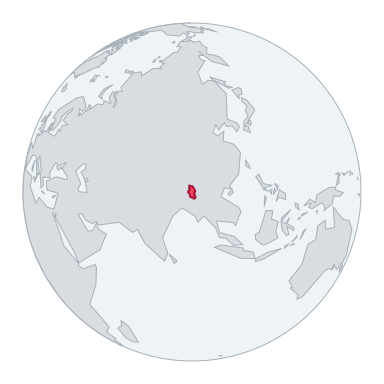 the Earth from above Kachin, rotated 332°
{"feature_id": "MMR-3296", "entity_name": "Kachin", "entity_type": "State", "adm_level": 1, "iso_a3": "MMR", "parent_name": "Myanmar", "parent_adm1": "", "projection": "orthographic", "projection_center": [97.371, 26.091], "detail": "medium", "context": "on_globe", "style": "filled", "palette": "rose", "viewbox_px": 384, "rotation_deg": 332, "n_neighbors": 0, "source": "natural_earth", "source_scale": "10m", "svg_char_len": 12075}
<svg xmlns="http://www.w3.org/2000/svg" viewBox="0 0 384 384"><g transform="rotate(332 192 192)"><circle cx="192" cy="192" r="169" fill="#eef3f6" stroke="#a8b0b8"/><path d="M265.0,39.6L261.8,38.7L266.2,43.9L272.9,48.1L267.3,45.5L283.6,56.0L289.4,62.7L279.6,53.7L276.0,51.7L278.3,55.2L275.2,54.1L274.5,55.3L270.6,53.7L265.1,49.1L262.4,48.2L264.2,50.8L261.4,51.3L259.2,47.5L254.0,48.2L243.9,41.7L241.1,34.7L232.3,31.6L220.7,26.3L218.5,26.3L212.7,24.9L208.0,24.5L207.2,24.1L204.1,24.3L205.8,24.8L205.0,25.1L202.3,25.1L200.8,24.4L202.0,24.3L200.2,24.1L200.5,23.8L198.9,23.9L197.4,23.4L194.9,24.0L190.5,23.6L190.6,23.3L195.7,23.3L202.4,23.4L215.3,24.7L228.1,26.9L240.7,30.2L253.0,34.5L265.0,39.6ZM269.9,42.0L269.0,41.7L266.9,40.5L268.0,41.1L269.9,42.0ZM278.5,51.8L276.8,50.0L279.5,52.2L278.5,51.8ZM275.1,55.7L276.6,56.7L275.6,57.0L275.1,55.7ZM268.7,55.0L266.6,55.4L267.7,54.1L268.7,55.0ZM197.7,23.1L195.9,23.2L189.3,23.1L197.7,23.1ZM264.8,55.0L260.0,56.4L262.9,58.5L252.1,53.8L259.8,53.9L260.7,52.0L262.2,53.9L264.8,55.0ZM207.4,25.0L205.6,24.4L209.5,25.0L207.4,25.0ZM210.2,25.3L223.5,27.4L225.0,28.5L220.2,27.4L224.0,29.2L218.1,28.7L214.7,27.6L214.9,26.9L212.5,27.3L210.2,25.3ZM247.0,51.2L245.0,51.0L246.1,50.4L247.0,51.2ZM204.9,25.3L207.5,25.5L208.9,26.4L204.0,26.2L205.1,25.9L204.9,25.3ZM227.9,30.1L228.1,31.0L223.3,30.7L222.8,31.0L218.1,28.8L227.9,30.1ZM203.5,25.7L201.5,26.2L198.4,25.8L202.5,25.2L203.5,25.7ZM211.4,26.8L211.8,27.3L210.0,26.9L211.4,26.8ZM186.5,25.2L189.5,25.1L190.5,25.5L186.5,25.2ZM201.0,26.4L202.0,26.5L202.8,26.7L200.9,27.0L201.0,26.4ZM215.1,28.9L213.1,28.7L216.8,29.8L213.4,29.9L210.9,28.4L210.5,29.1L209.5,29.1L208.6,28.0L215.1,28.9ZM201.2,28.0L196.8,26.7L190.9,26.6L189.9,26.2L199.5,26.4L201.2,28.0ZM205.6,28.1L202.6,27.9L202.8,27.3L205.0,27.0L205.6,28.1ZM212.0,30.5L217.8,30.7L218.2,31.1L212.0,30.5ZM199.4,28.1L200.5,28.5L199.0,28.2L199.4,28.1ZM208.1,29.8L210.1,29.8L210.4,30.2L208.1,29.8ZM201.0,29.3L199.6,28.8L201.0,28.5L201.0,29.3ZM204.2,29.6L204.2,30.2L202.4,28.7L205.0,29.5L204.2,29.6ZM208.1,30.2L208.9,30.4L207.2,30.2L208.1,30.2ZM196.4,30.9L193.7,29.1L196.9,28.4L199.0,30.2L196.4,30.9ZM54.1,94.3L58.6,89.5L55.8,94.5L57.8,102.1L57.2,104.8L51.8,110.8L49.1,128.6L54.4,125.0L57.1,137.6L62.2,142.3L73.2,130.1L64.9,122.1L68.5,114.0L79.3,114.8L87.4,122.6L89.1,119.8L88.3,109.9L94.5,107.1L88.5,106.1L87.7,109.9L83.9,109.6L84.4,106.2L86.6,105.2L85.4,102.0L75.3,108.3L73.4,112.8L67.6,108.9L63.9,116.2L60.7,117.5L65.9,105.8L68.7,102.7L74.7,88.5L71.2,91.3L65.3,105.1L65.2,102.9L60.4,107.5L63.9,102.3L71.3,87.3L68.9,84.3L58.4,91.5L58.6,89.6L62.2,84.3L73.7,72.8L71.9,78.4L76.0,75.1L82.9,67.9L81.7,70.4L84.3,68.4L84.3,70.5L90.6,68.6L91.6,70.6L100.3,65.4L101.9,65.9L96.3,68.7L92.9,71.9L96.0,77.8L98.4,77.6L103.8,74.0L103.9,76.4L108.8,72.1L113.6,74.3L111.8,68.4L118.1,64.8L124.4,64.0L126.1,62.0L115.9,63.3L112.1,64.9L109.4,67.8L98.8,72.2L96.4,71.3L106.3,63.3L104.0,61.3L112.7,56.6L134.9,54.8L141.1,56.9L138.1,67.7L133.1,69.0L131.7,65.5L127.3,72.0L130.4,69.8L130.5,72.1L136.6,69.8L137.0,71.3L142.1,66.7L143.3,68.3L140.0,71.2L149.9,69.9L154.0,72.9L156.1,71.9L157.1,70.0L161.6,75.5L162.9,74.6L162.0,72.4L164.0,69.3L169.3,66.1L170.5,68.1L168.8,69.6L167.0,75.9L162.2,79.8L163.2,80.4L167.7,77.6L169.9,69.7L172.7,67.3L172.4,70.8L172.8,69.3L174.6,68.8L177.5,70.3L178.2,66.4L196.4,59.5L203.9,62.3L201.6,65.8L215.6,64.7L223.0,69.0L222.1,66.8L228.2,65.5L226.0,64.1L226.0,63.0L240.7,60.2L245.1,61.5L250.5,58.9L250.0,57.9L247.0,56.7L252.1,53.8L262.9,58.5L263.4,60.4L269.7,62.5L269.9,66.8L273.1,71.7L269.6,75.8L272.4,79.7L274.6,80.2L280.0,86.2L283.5,97.8L271.0,86.3L263.7,70.7L265.9,76.6L262.5,74.8L261.5,76.8L263.2,81.4L265.2,82.1L253.3,89.0L251.7,102.0L258.8,101.0L263.9,104.8L268.3,121.1L257.3,144.3L263.9,151.6L264.7,156.5L259.8,159.9L258.5,152.6L253.1,150.3L253.1,146.0L244.8,149.7L244.5,143.7L238.2,150.0L241.3,154.6L248.7,153.2L243.4,161.7L251.7,169.8L253.3,179.9L241.5,198.2L228.5,203.9L227.8,207.1L222.4,203.6L215.5,209.9L226.1,227.5L225.9,232.5L214.6,242.1L214.3,238.4L199.8,229.0L197.4,240.9L208.4,251.0L212.2,262.3L203.8,258.7L200.0,248.7L194.8,245.0L196.0,234.7L191.4,218.9L183.0,221.4L183.5,215.1L175.8,201.4L163.6,204.4L144.4,218.8L142.0,234.4L135.2,240.2L126.4,215.5L126.1,199.6L120.6,199.8L113.4,184.4L94.2,177.4L93.6,172.8L89.5,173.3L84.8,166.8L84.7,159.4L80.9,158.1L81.8,177.7L86.1,179.3L92.7,174.8L91.9,181.2L96.7,188.9L83.8,199.7L58.8,201.5L59.9,189.3L59.5,150.7L61.5,147.6L61.6,147.2L61.8,146.4L58.1,151.0L59.2,143.8L55.6,169.1L53.5,178.9L58.4,202.0L57.1,203.2L59.7,208.7L72.6,210.6L71.9,214.4L63.6,228.8L48.9,243.4L53.0,260.2L55.4,272.7L50.9,275.6L56.0,285.9L54.3,286.4L57.3,291.7L58.6,295.0L58.9,296.1L51.9,286.4L45.6,276.3L40.0,265.8L35.2,254.9L31.1,243.6L27.9,232.2L27.7,231.6L25.8,222.1L23.1,196.8L23.4,187.0L23.7,180.8L23.6,178.8L24.3,171.5L26.2,159.7L28.9,148.0L32.4,136.6L36.7,125.5L41.7,114.7L47.6,104.3L54.1,94.3ZM92.2,138.7L99.4,143.2L102.5,132.8L105.6,133.8L105.5,130.1L102.7,132.1L103.5,122.3L108.9,121.6L111.3,117.6L108.9,116.0L98.9,119.0L97.7,132.6L93.4,135.2L92.2,138.7ZM98.7,56.5L96.5,58.7L93.4,60.2L92.3,59.0L96.8,56.6L98.7,56.5ZM94.3,61.4L104.4,54.6L105.5,55.5L103.2,56.0L102.9,57.3L99.0,58.7L90.2,66.8L86.9,68.8L86.6,64.7L88.5,64.7L90.5,62.4L94.3,61.4ZM128.2,39.5L132.6,37.7L129.4,41.8L125.6,43.1L124.2,41.7L127.9,39.3L128.2,39.5ZM183.6,23.6L185.5,23.4L185.9,23.5L184.7,23.7L183.6,23.6ZM175.9,23.8L182.2,23.3L186.8,23.1L181.4,23.5L180.7,23.8L181.8,23.9L188.3,24.1L198.0,24.3L198.8,25.0L196.8,25.5L194.6,25.6L194.8,25.0L191.7,25.5L190.3,24.8L187.8,25.1L175.8,24.7L177.3,24.4L168.4,25.2L169.1,24.7L174.8,24.2L168.7,24.7L174.1,24.0L172.5,24.2L175.9,23.8ZM173.2,37.0L174.2,35.3L167.9,38.2L166.4,36.6L165.8,37.1L162.7,36.6L157.8,36.9L157.8,36.0L155.9,36.5L153.8,36.4L151.2,36.9L150.4,35.7L147.1,36.3L148.6,35.4L143.1,36.8L146.8,35.3L144.5,35.2L142.1,36.8L144.3,31.3L142.4,31.0L138.7,31.8L145.6,29.6L153.3,27.8L160.6,26.8L161.5,27.8L164.4,26.9L165.7,27.2L162.9,27.8L168.0,27.1L168.3,27.6L174.8,28.1L182.1,27.4L184.6,27.8L181.9,28.3L186.3,28.4L183.0,29.8L184.7,30.2L183.1,32.2L176.9,33.4L179.3,33.8L178.2,35.6L173.2,37.0ZM195.7,31.4L188.6,32.7L184.3,32.6L188.9,29.2L187.8,28.6L190.5,26.9L196.7,27.2L195.4,27.6L195.5,28.1L193.5,27.8L195.2,28.5L193.3,29.1L194.1,29.9L191.6,30.0L195.7,31.4ZM59.6,103.6L59.7,105.0L60.6,106.4L57.6,109.5L59.6,103.6ZM64.4,93.3L65.0,93.8L61.1,98.5L61.0,97.2L64.4,93.3ZM68.5,90.4L65.3,93.5L67.0,91.1L68.5,90.4ZM97.2,69.1L98.1,69.6L97.0,70.7L94.9,71.5L97.2,69.1ZM154.0,47.1L155.3,45.7L156.4,45.7L161.7,43.4L163.2,44.7L160.6,46.6L154.0,47.1ZM69.9,131.1L66.5,132.3L66.6,130.3L67.8,130.3L69.9,131.1ZM60.3,120.4L61.0,124.6L59.5,121.2L60.3,120.4ZM156.5,48.1L158.5,47.0L158.1,48.3L156.5,48.1ZM164.6,45.5L164.6,46.9L164.0,44.6L164.6,45.5ZM138.8,349.1L142.2,350.5L139.7,350.0L138.8,349.1ZM73.0,280.8L74.2,299.1L69.2,296.3L65.1,289.4L62.6,277.4L67.4,276.8L68.9,272.1L73.0,280.8ZM253.3,285.3L258.1,285.4L257.9,286.1L253.3,285.3ZM248.4,283.5L253.9,283.2L247.3,285.1L248.4,283.5ZM256.0,283.1L261.7,281.1L264.1,279.7L263.6,281.2L256.0,283.1ZM244.6,283.9L223.7,284.8L215.3,283.2L217.4,280.7L230.9,280.9L244.6,283.9ZM216.7,280.6L203.9,273.4L185.9,251.4L192.3,252.1L211.0,265.6L209.9,267.8L217.6,273.4L216.7,280.6ZM247.5,266.1L246.3,272.8L234.8,273.0L229.5,272.1L225.9,263.7L228.0,259.2L232.3,259.2L248.7,243.1L254.5,246.4L249.5,253.2L254.3,258.7L247.5,266.1ZM142.7,236.0L146.5,245.9L142.8,246.9L142.7,236.0ZM255.1,231.8L248.6,239.1L254.4,229.6L255.1,231.8ZM258.3,222.9L258.9,226.3L256.1,223.2L258.3,222.9ZM227.9,212.0L223.4,212.9L223.1,210.4L228.8,207.8L227.9,212.0ZM254.4,188.5L254.9,195.9L254.2,198.5L251.9,194.2L254.4,188.5ZM172.4,60.1L163.3,61.6L157.8,64.1L156.3,67.6L154.5,63.6L163.0,59.6L172.4,60.1ZM193.3,59.2L194.6,56.6L196.6,57.6L196.6,58.3L193.3,59.2ZM192.2,57.7L188.9,54.8L191.4,53.3L193.5,55.8L192.2,57.7ZM172.4,50.6L169.6,50.9L170.1,49.7L172.4,50.6ZM284.0,332.1L286.2,329.1L291.2,326.7L287.1,330.3L284.0,332.1ZM272.5,323.8L240.8,336.1L234.4,335.9L237.2,332.5L233.7,322.9L235.9,323.0L236.0,315.9L255.4,307.3L269.7,292.7L279.1,291.9L287.1,281.0L296.3,279.6L292.8,287.7L301.4,290.1L309.7,271.6L312.6,287.4L317.3,290.8L315.8,300.0L298.6,320.0L291.0,325.5L290.6,324.7L287.1,327.2L283.2,328.1L283.2,324.1L279.7,326.4L284.0,321.9L278.5,326.4L277.5,323.8L272.5,323.8ZM337.7,271.8L338.4,271.5L338.8,273.1L337.7,273.8L337.7,271.8ZM350.5,250.6L350.1,251.6L350.9,249.3L350.8,249.8L350.5,250.6ZM352.2,245.8L352.0,246.3L352.3,245.3L352.2,245.8ZM344.6,258.2L344.7,258.8L344.3,259.5L344.6,258.2ZM344.3,258.1L345.2,256.0L344.7,257.7L344.3,258.1ZM341.6,252.1L342.3,250.8L342.4,251.3L341.6,252.1ZM265.1,284.7L271.9,278.8L275.5,277.8L265.1,284.7ZM340.9,250.7L339.4,251.5L339.7,250.4L340.9,250.7ZM341.3,248.4L341.2,247.1L341.9,249.7L341.3,248.4ZM338.6,247.1L340.3,248.4L338.3,247.5L338.6,247.1ZM337.4,248.1L336.0,247.7L336.1,247.3L337.4,248.1ZM319.8,257.6L325.2,263.5L320.4,265.2L315.2,262.0L310.4,268.2L300.0,270.3L302.6,266.7L301.4,262.5L290.1,263.1L287.9,260.5L292.0,257.7L284.4,256.7L292.8,253.7L296.0,259.3L300.7,253.4L308.5,252.6L315.7,252.6L321.2,255.3L319.8,257.6ZM292.5,267.4L293.9,267.1L292.6,269.3L292.5,267.4ZM333.4,245.7L335.4,247.7L335.1,248.6L334.0,248.6L333.4,245.7ZM322.6,253.8L328.6,246.4L330.0,245.9L325.9,253.3L322.6,253.8ZM327.3,243.6L330.0,243.3L331.3,245.6L330.7,246.6L327.3,243.6ZM275.4,264.8L275.0,266.6L272.8,265.5L275.4,264.8ZM278.3,263.3L285.0,264.1L277.7,264.9L278.3,263.3ZM257.5,259.9L259.5,263.8L266.0,260.4L261.1,264.8L265.3,271.1L263.7,273.8L259.6,267.0L257.9,274.7L255.0,274.8L253.6,268.5L256.5,260.3L259.4,256.7L271.0,253.9L257.5,259.9ZM278.3,258.3L276.5,253.6L277.8,250.2L279.8,252.5L278.3,258.3ZM271.0,242.5L266.0,237.3L261.6,240.1L270.3,230.9L273.7,237.4L271.0,242.5ZM266.5,230.3L262.4,232.8L266.5,227.6L266.5,230.3ZM261.3,230.9L260.6,226.9L263.9,227.1L261.3,230.9ZM268.6,230.2L269.1,223.2L270.9,227.1L268.6,230.2ZM258.7,217.9L266.1,223.9L256.8,221.9L255.5,208.5L259.4,207.8L258.7,217.9ZM274.9,160.8L273.4,157.1L276.7,155.8L276.8,158.7L274.9,160.8ZM286.0,149.2L277.1,154.2L269.7,158.8L272.4,160.2L271.5,167.0L266.9,161.4L271.4,153.5L277.2,151.3L277.2,145.7L280.9,141.5L278.7,134.9L280.1,131.8L283.8,137.2L286.0,149.2ZM277.5,132.2L275.1,120.7L281.7,121.4L283.7,124.1L282.0,129.0L278.7,128.3L277.5,132.2ZM276.4,118.3L273.1,117.6L262.5,102.1L262.0,99.1L273.5,110.6L271.0,110.7L272.4,114.6L276.4,118.3ZM246.1,52.1L245.1,51.1L247.0,51.8L246.1,52.1ZM224.7,62.3L225.0,60.9L227.2,61.6L224.7,62.3ZM227.3,57.7L224.5,57.8L226.9,56.8L227.3,57.7ZM218.4,58.6L223.2,57.5L219.4,59.8L218.4,58.6Z" fill="#d9dde1" stroke="#a8b0b8" stroke-width="1"/><path d="M191.8,186.7L192.0,186.4L191.8,186.1L191.9,185.7L192.0,185.5L192.2,185.2L192.4,184.8L192.5,184.8L192.6,185.0L192.8,184.9L193.0,185.3L193.3,185.3L193.6,185.6L193.8,185.8L194.0,186.0L193.9,186.4L194.1,186.6L194.2,186.9L194.2,187.2L194.4,187.7L194.5,187.8L194.6,187.7L194.7,187.3L194.9,187.4L195.0,187.4L195.2,187.6L195.3,187.5L195.4,188.2L195.5,188.3L195.4,188.8L195.5,189.0L195.5,189.3L195.6,189.6L195.6,189.9L195.6,190.1L195.7,190.4L195.6,190.7L195.5,191.1L195.4,191.5L195.5,191.5L195.4,192.0L195.3,191.8L195.1,191.9L195.2,192.3L195.3,192.3L195.5,192.6L195.3,192.8L195.1,192.7L195.0,192.8L194.6,193.5L194.4,193.6L194.0,193.4L194.0,193.6L193.9,193.7L194.0,194.1L193.4,194.6L193.2,194.4L193.0,194.9L192.9,195.0L192.9,195.4L193.1,195.6L192.8,195.7L192.4,196.0L192.4,196.9L192.7,196.9L192.9,197.1L192.7,197.2L192.7,197.3L192.9,197.3L193.0,197.5L192.9,197.5L192.9,197.8L192.4,198.3L192.6,198.5L192.0,198.9L191.8,199.0L191.1,199.2L190.4,198.9L190.7,198.7L190.8,198.4L190.7,198.2L190.6,198.3L190.3,198.1L190.2,197.8L190.0,197.5L190.0,197.1L190.1,196.9L189.5,196.7L189.0,196.8L188.7,196.5L188.6,196.3L188.2,196.1L187.9,195.3L188.3,195.2L188.4,195.3L188.5,195.2L188.3,194.5L188.3,193.7L188.5,193.6L188.8,193.2L188.7,193.0L188.6,192.6L188.8,192.2L188.8,191.8L188.4,191.0L188.7,190.9L188.8,190.8L188.7,190.5L188.5,190.2L188.9,190.0L188.9,189.8L189.1,189.7L189.0,189.4L189.6,189.5L190.4,189.4L190.9,189.3L191.2,189.0L191.3,189.1L191.4,188.9L190.7,188.0L190.7,187.6L191.0,187.2L191.6,186.7L191.8,186.6L191.8,186.7Z" fill="#f43f5e" stroke="#9f1239" stroke-width="1.5"/></g></svg>